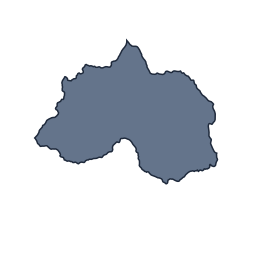 the district of Imues, Nariño, Colombia, rotated 330°
{"feature_id": "7082276B38506776880205", "entity_name": "Imues", "entity_type": "district", "adm_level": 2, "iso_a3": "COL", "parent_name": "Colombia", "parent_adm1": "Nariño", "projection": "robinson", "projection_center": [-77.501, 1.069], "detail": "fine", "context": "isolated", "style": "filled", "palette": "slate", "viewbox_px": 256, "rotation_deg": 330, "n_neighbors": 0, "source": "geoboundaries", "source_scale": "gbopen_adm2", "svg_char_len": 5808}
<svg xmlns="http://www.w3.org/2000/svg" viewBox="0 0 256 256"><g transform="rotate(330 128 128)"><path d="M214.0,150.1L213.8,148.8L213.2,146.9L211.6,145.1L211.1,144.1L210.6,140.9L209.7,138.3L209.0,137.0L208.8,136.2L208.6,133.2L208.8,132.4L208.8,131.7L207.8,129.0L207.6,127.9L207.7,127.0L208.4,125.2L208.4,124.7L207.9,123.7L207.8,122.8L207.9,122.2L208.7,119.7L208.6,119.4L208.3,119.1L206.8,118.4L206.5,118.1L206.4,117.5L206.4,116.0L206.1,113.3L205.1,112.3L204.4,111.1L204.1,110.5L203.8,108.2L203.6,108.0L202.6,107.8L202.3,107.5L202.0,106.3L202.0,105.2L201.9,104.9L200.8,104.7L199.9,104.3L198.6,103.4L197.5,102.4L196.7,101.8L196.0,101.5L194.9,101.5L194.2,101.8L193.4,101.7L192.8,101.4L192.0,100.5L190.8,98.8L190.3,98.4L189.5,98.0L189.1,98.0L188.6,98.1L187.1,99.1L186.6,99.2L185.1,99.1L184.7,98.9L182.1,96.9L181.0,95.3L180.5,95.0L179.3,95.2L178.2,95.0L177.2,94.3L176.0,93.5L175.2,92.5L174.8,91.9L174.7,91.3L174.9,89.0L174.9,85.0L175.0,84.6L175.6,83.5L175.8,81.6L176.4,79.8L176.5,79.5L176.4,77.4L176.1,76.1L175.9,73.5L176.1,72.0L176.6,71.1L176.7,69.0L177.0,66.3L176.9,63.6L176.6,62.3L176.2,61.7L175.5,61.1L173.3,59.8L172.3,58.9L172.1,58.0L171.8,57.6L171.4,56.6L171.2,54.2L170.7,51.6L170.2,52.5L169.4,53.6L167.7,55.2L165.3,56.4L163.7,56.9L161.1,58.1L159.3,59.4L158.0,60.1L157.5,60.6L155.3,61.7L154.1,62.7L152.2,63.5L151.1,63.6L150.3,63.5L148.8,62.9L147.0,62.7L146.5,62.9L146.1,63.3L145.4,64.7L144.6,65.7L143.8,65.8L142.8,66.3L141.6,65.5L140.5,64.5L139.5,63.8L138.2,63.5L136.2,63.3L135.0,62.6L134.6,62.3L134.0,60.9L133.2,60.4L131.8,60.1L130.7,59.5L130.2,59.0L130.1,58.1L129.9,57.9L129.5,57.7L128.5,57.5L128.1,56.7L127.3,55.8L126.7,55.4L125.7,55.2L125.5,54.9L125.1,54.2L124.1,53.2L123.8,52.3L123.3,52.0L122.5,52.0L121.4,52.9L120.9,53.1L119.9,53.4L118.9,53.5L118.0,54.1L117.8,54.4L117.7,56.3L117.5,56.7L117.1,57.4L116.8,57.6L116.4,57.8L115.5,57.8L114.0,57.4L113.6,57.1L113.4,56.2L113.1,55.9L111.8,55.8L110.4,56.8L109.4,57.0L108.3,58.6L107.5,59.0L107.0,58.9L105.8,58.3L105.5,58.3L103.5,58.3L102.3,58.7L100.5,57.3L99.9,56.8L99.7,56.5L99.8,55.8L100.1,55.5L100.2,55.1L100.2,54.4L100.1,53.9L99.7,52.8L99.4,52.4L99.1,52.1L98.7,52.1L98.0,52.7L95.0,54.2L94.4,54.7L93.4,55.7L93.1,56.4L92.8,57.5L92.6,58.0L92.2,58.4L92.0,59.3L91.5,60.2L90.8,60.9L89.8,62.6L89.9,63.3L90.7,64.8L90.7,65.4L90.7,65.9L89.9,66.9L89.5,67.8L88.3,68.8L86.9,70.5L86.7,70.7L86.0,70.8L85.3,70.2L84.8,70.1L82.9,71.2L81.4,71.1L80.9,71.2L80.0,71.0L79.6,71.0L78.8,71.5L77.7,73.4L77.4,73.7L75.7,74.3L75.0,74.9L74.9,75.3L74.9,75.7L75.0,76.2L75.6,77.2L75.7,77.9L75.5,78.6L75.5,80.0L74.5,81.1L72.2,81.9L70.3,82.2L69.9,82.2L68.3,81.4L67.1,81.0L64.0,80.7L61.7,80.8L61.2,81.0L59.0,82.5L58.4,82.8L57.1,83.2L56.6,83.3L55.6,83.1L55.2,83.3L54.5,84.1L53.9,84.5L52.5,84.9L50.4,85.6L49.9,85.9L48.6,87.3L47.1,88.2L46.1,88.8L42.2,90.0L42.4,90.8L42.5,92.6L42.5,93.6L42.0,96.2L42.1,96.6L42.6,97.6L42.7,99.0L42.9,100.0L43.3,100.3L44.5,100.7L46.2,101.7L48.0,102.3L48.4,102.5L48.7,102.7L49.0,103.2L50.1,106.8L50.5,107.5L51.0,108.0L52.2,108.4L53.7,109.4L54.9,110.0L55.2,110.4L55.9,111.5L56.2,112.2L56.5,115.0L56.3,116.9L56.1,117.4L55.8,117.7L55.1,118.1L55.4,119.3L57.3,121.3L56.9,123.9L57.4,124.1L58.5,126.0L58.8,126.3L59.1,126.5L59.6,126.6L60.6,127.2L61.0,127.6L61.5,128.4L62.4,128.9L62.7,129.4L63.0,130.3L63.9,130.9L65.1,131.1L65.6,131.5L66.4,133.1L67.0,134.1L67.5,134.2L69.0,133.9L70.1,134.1L70.9,134.4L72.0,135.4L72.8,135.9L73.3,135.9L74.8,135.2L75.4,135.2L76.7,135.3L77.9,135.9L78.6,135.7L79.0,135.8L80.8,136.9L81.4,137.0L82.9,137.2L84.6,138.1L85.8,138.6L88.0,138.8L89.2,139.3L90.0,140.1L90.8,140.4L91.2,140.3L92.9,139.6L93.4,139.5L94.3,139.5L95.8,139.9L96.5,139.8L98.5,139.2L100.2,139.4L101.6,140.2L102.6,140.2L103.9,139.2L104.6,137.5L105.0,136.8L106.1,135.8L106.8,135.5L111.0,134.5L111.6,134.7L112.4,135.6L113.0,136.0L113.3,136.0L114.2,135.5L115.7,134.0L116.5,133.6L117.2,133.8L117.7,134.2L119.9,135.0L121.2,136.1L121.7,136.9L122.7,138.1L123.2,138.7L123.7,140.0L124.1,142.0L124.1,144.6L124.7,147.9L124.8,148.9L124.7,149.9L124.5,150.6L123.8,151.3L123.4,151.9L123.3,152.5L123.4,153.3L124.0,154.1L124.1,154.6L123.5,156.2L123.0,156.9L122.8,158.1L121.8,159.2L121.5,159.9L121.6,161.8L121.4,162.3L120.2,164.5L119.0,166.2L119.0,167.2L119.5,169.2L119.5,170.8L120.0,172.0L120.5,172.7L120.5,173.3L120.7,173.9L121.8,174.9L121.9,175.5L123.0,175.7L123.4,175.9L123.9,176.7L123.9,177.8L124.6,180.3L127.6,184.0L129.0,186.1L130.0,186.7L131.5,188.7L131.8,189.7L131.4,191.5L131.4,192.1L131.6,192.5L132.4,193.5L132.9,195.1L133.4,195.5L134.1,195.5L134.5,195.4L134.9,195.2L136.2,193.6L136.6,193.2L138.8,193.1L139.4,193.4L140.2,194.1L141.0,194.5L141.3,194.8L142.7,197.1L143.6,198.3L144.6,199.2L145.5,199.5L146.3,199.4L147.2,198.8L148.8,198.8L150.8,198.3L152.4,198.4L154.6,197.3L157.0,196.8L158.0,196.6L160.0,196.6L160.8,196.8L161.9,197.3L162.7,197.4L162.9,197.6L163.4,198.4L163.9,198.8L164.4,198.6L165.1,198.8L165.9,199.3L166.2,199.3L166.6,199.1L167.1,199.2L167.1,200.3L167.3,200.8L167.6,200.8L168.2,200.5L169.3,200.5L169.9,200.8L170.7,201.9L171.2,202.2L172.6,202.1L173.3,201.6L173.7,201.6L174.3,202.3L175.3,202.5L176.2,203.1L176.8,203.0L177.3,203.2L177.6,203.2L178.8,202.9L179.3,202.5L179.8,202.0L180.1,201.0L180.7,200.6L181.1,200.8L181.2,201.1L181.6,202.7L182.2,203.3L182.5,203.8L183.3,204.3L183.6,204.4L185.0,204.2L187.0,202.0L188.1,201.2L189.3,200.5L189.7,200.1L189.9,199.4L190.1,197.7L190.9,196.3L191.3,195.3L192.3,194.2L191.4,193.1L191.0,192.2L190.9,191.1L191.1,187.9L191.7,182.9L192.2,182.1L194.2,179.9L194.4,179.1L194.1,177.3L194.1,175.7L194.2,175.2L196.0,172.3L196.7,170.7L198.4,166.6L199.3,165.5L199.9,165.0L200.4,164.9L200.8,164.9L201.2,165.2L202.5,166.7L202.9,166.7L204.6,165.9L206.4,165.3L206.7,165.1L207.7,164.2L210.4,159.7L210.8,158.8L211.3,156.7L211.4,153.9L211.7,152.7L212.4,151.3L212.9,150.9L213.7,150.5L214.0,150.1Z" fill="#64748b" stroke="#1e293b" stroke-width="1.5"/></g></svg>